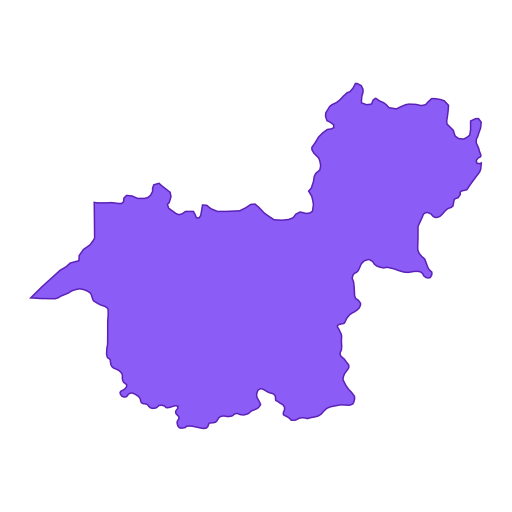 Pruzhany, Brest, Belarus
{"feature_id": "67162791B13478011403583", "entity_name": "Pruzhany", "entity_type": "district", "adm_level": 2, "iso_a3": "BLR", "parent_name": "Belarus", "parent_adm1": "Brest", "projection": "mercator", "projection_center": [24.486, 52.68], "detail": "fine", "context": "isolated", "style": "filled", "palette": "violet", "viewbox_px": 512, "rotation_deg": 0, "n_neighbors": 0, "source": "geoboundaries", "source_scale": "gbopen_adm2", "svg_char_len": 6078}
<svg xmlns="http://www.w3.org/2000/svg" viewBox="0 0 512 512"><path d="M428.0,102.0L425.6,104.7L421.3,105.6L415.9,104.4L408.9,104.1L405.6,104.7L399.9,107.1L396.5,108.9L389.0,107.7L386.3,104.7L383.5,102.6L379.9,101.1L375.7,98.3L373.3,99.8L371.5,104.1L366.6,104.7L361.5,102.9L361.5,100.1L361.8,96.5L363.0,92.3L363.0,89.3L361.2,85.6L357.2,83.5L355.4,83.5L353.9,86.5L353.0,88.1L350.0,91.7L347.3,92.6L343.3,96.2L340.0,99.8L336.4,102.6L331.9,104.7L329.7,106.5L325.8,112.8L325.5,116.2L327.0,120.7L330.3,122.2L333.7,124.9L333.7,127.7L331.3,128.9L327.3,129.5L322.8,132.8L318.6,137.0L314.9,143.1L311.9,147.3L311.9,149.7L314.0,153.3L318.6,157.9L319.8,160.9L320.7,165.7L319.8,170.0L315.8,173.3L314.3,176.3L313.4,181.8L311.3,188.1L308.6,191.1L311.6,196.0L312.8,200.5L313.4,204.7L312.5,211.1L310.1,212.9L306.5,213.5L300.1,212.0L295.9,214.1L293.2,217.7L288.6,219.5L282.0,220.2L274.1,219.8L267.8,215.6L264.1,212.9L258.7,207.2L255.1,204.1L250.8,204.4L245.7,207.8L239.7,210.8L226.7,211.4L217.3,211.4L210.9,208.7L206.7,205.3L202.5,205.0L201.9,209.0L201.0,213.8L200.7,215.6L198.9,218.0L196.4,217.7L195.2,214.7L193.4,211.4L185.6,211.4L182.2,213.8L178.9,214.7L175.9,213.5L172.6,211.1L168.6,208.1L167.4,204.4L169.2,202.6L171.0,196.6L170.1,192.3L162.0,186.0L159.0,183.3L153.8,184.8L152.6,188.1L152.6,191.4L150.5,195.4L147.8,197.5L144.7,198.4L137.5,198.4L132.1,196.0L126.6,195.4L123.9,198.1L123.6,201.7L121.5,203.5L118.8,203.5L111.5,202.6L105.8,202.9L97.3,202.9L94.2,202.4L94.3,206.5L94.6,238.3L93.1,240.7L90.0,244.9L83.4,249.5L79.2,255.5L78.9,260.7L70.1,263.1L66.2,266.7L60.1,270.3L42.0,286.7L30.7,297.9L33.8,298.0L37.2,298.3L42.2,298.6L46.5,298.6L51.2,298.7L55.3,298.7L58.1,297.8L60.9,296.1L65.1,294.4L68.6,292.9L71.0,291.3L73.5,290.2L76.9,289.3L79.5,288.8L83.0,289.4L85.3,290.2L88.0,291.4L90.6,293.3L91.4,295.0L92.1,297.2L92.8,299.4L93.6,300.9L97.3,303.2L100.3,304.8L105.1,306.5L107.1,307.9L108.1,309.2L108.1,311.2L108.2,314.3L107.7,321.7L107.7,334.7L107.6,344.3L106.9,348.2L106.6,352.7L106.6,354.7L107.5,357.6L110.1,359.4L110.5,362.3L110.9,364.7L112.0,366.7L113.5,368.0L115.3,368.7L117.4,369.7L118.8,370.4L120.6,372.0L122.0,373.7L122.4,375.7L122.3,378.1L122.6,380.2L123.6,382.3L126.0,384.1L126.8,385.2L126.3,387.3L124.3,389.4L122.6,390.3L120.9,391.2L120.1,392.3L120.3,394.0L121.9,396.2L123.7,397.0L125.9,396.9L127.4,395.8L128.3,394.2L129.4,393.6L130.7,393.1L132.5,393.0L135.1,394.2L137.7,395.9L139.4,397.4L140.4,399.3L140.6,400.8L141.4,402.7L143.2,403.7L145.1,403.8L147.0,404.4L148.0,405.2L148.7,406.4L150.6,407.9L152.7,408.4L155.8,408.0L156.9,407.4L157.7,406.6L159.0,405.5L161.4,405.2L163.0,405.5L164.3,406.0L165.2,406.6L165.9,407.4L167.0,407.8L170.1,407.3L171.5,406.8L173.1,406.3L175.1,405.7L177.8,406.1L177.7,408.3L176.8,409.8L175.7,411.2L175.7,413.0L176.6,414.4L178.4,416.2L179.0,417.3L178.7,418.9L177.2,421.5L177.1,423.1L177.5,424.8L178.0,426.2L179.3,427.7L181.1,428.2L183.4,427.9L185.4,427.5L186.4,426.3L189.1,426.0L192.1,426.2L195.6,426.9L200.0,427.9L203.7,428.5L206.5,428.0L207.8,426.6L208.6,424.4L209.2,423.2L209.9,423.0L213.5,422.7L215.6,422.2L216.8,420.9L217.6,419.8L218.7,417.9L220.4,416.6L221.9,416.2L223.3,416.0L224.9,416.1L227.1,416.5L228.5,416.6L229.8,416.4L231.5,416.1L232.7,415.6L233.7,414.6L234.9,413.9L236.2,413.5L237.5,413.5L239.6,414.4L240.7,414.7L243.1,414.9L244.1,414.9L247.3,414.0L248.6,413.4L249.6,412.5L251.3,411.0L254.8,409.6L257.4,408.4L258.7,407.3L260.6,404.7L259.9,402.8L258.9,400.8L257.9,399.1L256.7,396.6L256.7,393.6L257.7,390.7L258.5,389.8L260.6,388.7L262.5,389.0L263.9,389.7L267.4,391.8L270.0,392.9L272.0,393.4L273.4,393.9L274.8,395.1L275.5,397.1L275.5,399.1L275.8,400.5L277.5,401.3L280.3,403.3L282.9,404.7L284.6,407.4L284.5,409.7L284.1,410.8L283.6,411.8L283.3,413.0L283.4,414.7L284.4,415.4L287.3,416.8L289.6,418.4L291.2,420.2L295.2,420.2L296.4,419.7L299.1,418.3L302.1,417.7L304.8,417.9L307.3,418.6L311.4,417.5L314.0,417.1L318.0,416.1L321.1,414.2L322.2,412.9L324.2,410.7L326.9,408.3L330.2,406.9L333.3,406.2L336.7,405.6L339.9,404.9L343.6,404.9L347.8,405.2L350.0,405.1L352.7,404.0L353.8,402.1L354.5,399.4L354.6,398.6L354.6,397.3L354.3,396.0L352.8,394.1L351.6,392.4L349.1,389.9L347.6,387.9L345.8,385.3L343.9,381.6L342.9,379.3L343.4,376.7L344.1,374.8L344.7,373.4L348.1,368.9L348.8,367.5L348.8,365.3L347.9,363.8L346.2,361.8L344.4,359.2L342.4,357.5L340.6,355.8L340.1,354.0L340.2,352.5L341.1,350.7L341.5,349.0L341.7,346.2L341.4,341.5L341.6,336.1L341.2,334.1L339.9,331.5L339.4,330.1L337.4,326.8L337.5,325.6L338.9,324.5L341.5,323.9L342.9,323.7L344.5,323.0L345.6,320.7L346.3,319.2L347.0,318.0L348.3,316.4L349.8,314.6L352.0,313.1L354.1,312.0L356.9,310.2L359.3,307.9L360.5,305.0L360.5,303.2L358.2,300.1L355.7,298.6L354.6,295.7L354.2,287.5L353.6,281.9L352.2,278.3L352.8,275.5L354.1,273.6L356.0,272.6L357.5,271.5L358.5,270.1L359.4,268.2L360.2,266.3L361.4,263.7L364.3,260.8L368.3,259.5L369.8,259.8L372.6,261.5L374.5,264.3L376.9,266.1L379.7,267.1L383.4,267.9L387.3,267.3L391.3,268.2L395.2,269.2L397.5,270.2L400.8,271.2L404.0,272.1L408.1,272.4L411.5,271.9L414.0,271.4L418.2,271.4L420.7,272.0L422.8,273.7L423.6,275.7L425.8,277.4L427.5,277.9L430.1,277.7L431.0,276.3L431.8,274.8L431.9,273.0L431.7,271.9L430.5,271.0L428.6,268.9L427.3,266.1L425.8,261.8L424.7,259.0L421.5,256.2L419.2,253.4L417.8,250.0L417.7,247.4L418.0,237.5L418.0,226.4L419.8,222.5L422.2,217.3L423.4,214.2L425.2,212.9L427.5,212.4L431.2,214.1L432.7,216.0L434.6,217.3L436.7,217.5L439.7,216.5L442.1,214.4L445.1,210.9L447.5,208.8L449.1,208.1L451.3,207.4L453.0,205.9L453.4,203.6L453.8,201.6L454.3,199.3L456.2,198.3L458.2,197.7L460.3,194.5L460.1,192.3L461.6,190.9L464.3,190.4L466.9,189.7L470.0,185.0L473.3,180.4L479.7,171.9L480.7,169.1L481.3,163.0L479.7,163.6L476.9,163.3L476.3,160.6L477.9,158.2L480.6,156.7L480.9,155.2L479.1,150.3L478.8,148.5L476.3,143.1L476.3,139.4L477.6,136.7L479.1,132.2L480.6,128.0L481.2,122.2L478.5,118.6L475.7,118.6L470.6,121.0L470.6,129.5L469.7,135.2L467.0,137.3L463.6,139.1L458.5,138.5L455.2,136.1L454.0,132.8L453.4,130.4L447.0,124.0L446.7,121.0L447.6,115.0L448.2,110.1L448.5,105.3L444.3,100.8L440.4,99.5L434.9,98.6L431.6,98.6L428.0,102.0Z" fill="#8b5cf6" stroke="#5b21b6" stroke-width="1.5"/></svg>